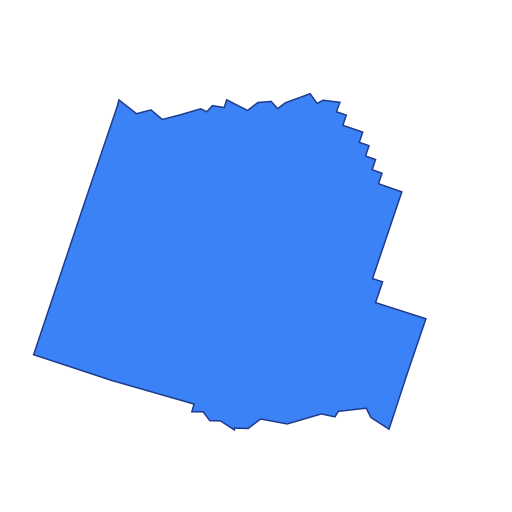 Stoddard, Missouri, United States of America, rotated 108°
{"feature_id": "52423323B58883405017041", "entity_name": "Stoddard", "entity_type": "district", "adm_level": 2, "iso_a3": "USA", "parent_name": "United States of America", "parent_adm1": "Missouri", "projection": "robinson", "projection_center": [-90.02, 36.877], "detail": "fine", "context": "isolated", "style": "filled", "palette": "blue", "viewbox_px": 512, "rotation_deg": 108, "n_neighbors": 0, "source": "geoboundaries", "source_scale": "gbopen_adm2", "svg_char_len": 857}
<svg xmlns="http://www.w3.org/2000/svg" viewBox="0 0 512 512"><g transform="rotate(108 256 256)"><path d="M172.3,137.4L150.0,137.1L149.4,161.8L138.4,161.7L138.0,172.2L127.3,172.1L127.1,182.7L116.2,182.6L116.0,192.9L105.2,192.8L104.9,213.8L94.1,213.6L94.0,224.1L83.9,223.7L87.1,240.3L92.0,245.0L84.9,254.7L101.2,275.4L109.2,281.0L104.3,289.4L109.5,301.7L120.2,309.0L116.5,332.1L124.6,332.1L126.5,344.0L134.0,347.3L133.1,354.1L144.9,371.3L155.1,387.3L149.5,401.0L157.6,413.6L149.9,434.6L156.2,434.2L263.7,435.6L418.6,437.0L419.0,355.3L416.0,269.1L424.0,268.9L420.5,258.2L426.9,249.0L423.8,238.9L428.1,222.8L426.3,223.2L422.5,210.2L409.6,201.3L406.1,174.5L386.0,145.0L384.6,131.2L378.3,129.7L366.7,104.2L374.1,96.8L379.6,76.0L318.9,75.8L263.2,75.0L263.4,127.9L241.5,127.6L241.5,138.2L172.3,137.4Z" fill="#3b82f6" stroke="#1e3a8a" stroke-width="1.5"/></g></svg>